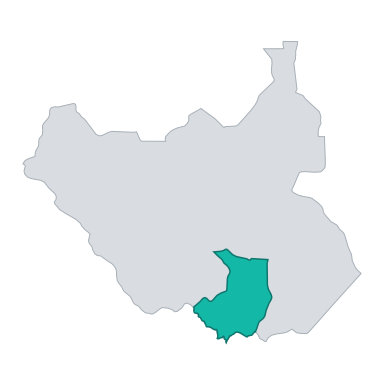 location of Central Equatoria within South Sudan
{"feature_id": "SDS-865", "entity_name": "Central Equatoria", "entity_type": "State", "adm_level": 1, "iso_a3": "SSD", "parent_name": "South Sudan", "parent_adm1": "", "projection": "robinson", "projection_center": [30.797, 4.842], "detail": "fine", "context": "in_parent", "style": "filled", "palette": "teal", "viewbox_px": 384, "rotation_deg": 0, "n_neighbors": 0, "source": "natural_earth", "source_scale": "10m", "svg_char_len": 5902}
<svg xmlns="http://www.w3.org/2000/svg" viewBox="0 0 384 384"><path d="M321.7,317.5L309.3,331.5L308.4,332.4L306.9,333.5L301.9,333.5L296.7,332.8L291.9,329.2L287.1,332.0L284.0,332.9L282.2,333.2L277.8,333.7L271.8,335.2L269.0,337.1L267.5,338.6L266.3,341.3L265.7,341.6L264.6,341.3L263.0,340.2L259.8,338.6L258.2,335.1L256.6,333.0L255.4,331.9L250.3,335.4L247.8,336.2L245.7,336.1L242.0,334.1L237.9,332.4L235.7,332.4L232.6,334.5L229.0,337.7L227.1,340.8L226.2,342.6L224.9,339.8L223.7,338.0L222.0,337.3L218.5,338.0L217.7,337.0L217.5,334.6L217.0,332.4L216.1,330.7L213.5,329.1L206.6,325.7L201.3,318.9L198.7,315.8L196.7,313.8L194.0,308.5L190.8,304.8L187.0,303.1L184.5,303.9L181.9,307.9L177.1,311.5L174.8,311.7L172.0,309.7L168.4,308.2L161.9,307.6L159.3,309.4L155.8,312.2L152.8,313.9L151.0,314.1L149.3,313.4L147.3,313.0L145.6,313.0L142.2,310.4L140.4,308.5L139.2,306.7L137.3,305.5L135.0,304.4L133.4,302.8L132.5,300.8L131.3,298.2L129.6,295.9L124.3,291.7L122.7,289.2L121.7,286.8L119.5,284.1L117.2,280.6L116.5,275.3L116.4,271.1L115.9,269.2L114.9,267.3L113.8,265.6L112.0,263.8L107.7,261.1L103.3,257.9L101.1,256.1L97.1,255.4L94.7,253.7L92.7,249.7L91.9,246.6L89.8,244.2L88.9,242.4L88.5,240.3L90.1,234.1L87.8,231.9L84.3,229.1L81.8,226.0L80.2,223.1L75.8,219.3L66.0,213.7L60.3,210.1L57.3,206.8L54.6,203.6L54.3,202.3L56.1,199.2L56.3,196.6L54.9,193.7L49.1,188.3L44.4,182.3L40.9,180.4L32.4,178.8L29.9,178.1L27.4,177.0L24.9,174.3L24.0,171.1L25.3,166.1L24.5,164.5L23.0,164.1L23.4,163.0L25.1,160.6L27.7,159.0L34.7,156.5L35.1,155.5L35.3,152.3L35.9,150.8L38.3,146.4L38.7,144.6L38.8,140.9L39.1,139.1L39.8,137.9L41.7,135.7L42.4,134.4L42.7,131.5L42.5,125.8L43.5,123.6L48.0,118.4L49.2,116.1L49.6,114.1L49.6,112.0L49.8,109.9L51.2,107.9L52.3,107.3L55.6,106.7L57.8,107.1L73.4,103.5L75.2,104.0L76.0,106.1L75.9,109.4L76.2,111.1L77.0,112.2L79.4,113.8L81.1,116.4L82.1,117.4L84.6,119.2L96.1,134.4L99.4,135.9L102.5,135.3L108.8,132.2L112.0,131.4L134.0,132.3L136.4,131.8L136.6,131.9L139.9,139.5L141.5,141.2L165.7,141.3L165.2,139.1L165.5,136.7L169.8,132.1L170.4,131.5L174.1,129.3L177.8,127.8L184.8,126.0L187.3,123.3L188.7,120.8L188.8,115.8L189.7,115.0L191.4,113.9L199.5,109.4L200.9,108.5L215.1,118.8L223.2,126.9L223.7,127.3L224.1,127.5L224.5,127.2L224.9,126.8L225.8,126.5L229.3,126.4L235.8,126.0L237.9,125.0L250.9,110.4L254.3,105.8L255.1,104.8L257.0,101.5L259.0,95.8L259.4,95.2L273.6,81.6L274.1,80.5L274.3,79.6L272.1,75.0L271.6,72.7L271.5,69.1L272.0,63.5L271.8,60.0L271.6,59.1L271.5,58.9L263.5,48.8L283.6,48.7L283.7,47.5L283.6,47.1L283.2,45.9L283.0,44.3L283.0,43.4L283.1,42.5L283.1,42.1L283.1,41.7L283.2,41.4L297.6,41.6L297.4,44.4L295.7,51.1L295.7,55.1L295.3,59.6L294.8,61.0L294.1,62.1L293.9,62.6L293.9,63.2L296.9,88.7L296.7,89.8L295.9,91.4L295.7,91.9L295.6,92.3L296.0,92.6L302.6,95.4L303.0,95.5L303.2,95.8L305.6,99.1L318.8,111.2L319.3,111.8L320.6,115.6L320.8,116.2L320.8,117.1L320.8,117.8L320.5,120.1L320.6,121.1L320.8,121.8L321.0,122.6L321.0,122.8L320.9,123.4L318.9,127.8L318.3,130.9L318.1,133.6L318.2,135.1L318.4,136.1L318.6,136.5L318.8,136.6L324.5,136.6L324.5,138.0L325.3,161.1L325.3,163.7L325.1,167.0L324.4,168.2L322.8,170.1L320.8,171.8L315.7,172.2L311.4,172.1L308.4,171.8L304.3,171.6L300.4,172.0L298.9,173.4L293.8,185.7L292.2,188.7L291.8,190.5L292.3,191.6L294.3,193.1L298.7,195.3L303.8,196.6L307.5,197.1L310.1,197.7L312.1,198.4L319.3,204.0L321.6,206.6L322.9,208.9L323.2,211.3L324.2,213.8L330.8,221.5L337.0,225.1L339.4,229.1L341.7,231.1L343.9,233.3L345.1,236.5L347.8,245.7L349.6,250.5L351.5,254.5L352.3,260.9L353.7,263.8L355.3,267.3L357.8,270.5L360.5,272.9L361.0,273.6L334.0,303.6L321.7,317.5Z" fill="#d9dde1" stroke="#a8b0b8" stroke-width="1"/><path d="M195.0,313.1L194.2,312.3L193.9,311.1L193.9,309.5L194.1,308.5L194.2,308.2L194.1,307.9L193.9,307.3L193.9,307.0L194.1,306.6L194.2,306.4L195.1,305.9L200.7,301.0L201.8,299.5L202.6,298.8L203.3,298.2L204.0,297.9L204.7,297.7L205.5,297.8L206.2,298.1L206.8,298.6L208.8,300.6L209.6,301.2L210.3,301.4L211.3,301.2L212.4,300.6L216.4,296.1L217.8,294.9L221.3,292.9L225.5,291.4L226.2,290.9L226.6,290.5L226.7,290.2L226.8,289.7L226.9,289.0L227.4,278.8L227.7,277.1L228.3,275.7L229.7,273.2L230.0,272.0L229.9,270.5L229.2,268.8L228.3,267.1L226.1,264.7L224.3,263.4L223.7,262.6L222.9,261.0L222.2,259.9L221.0,258.6L217.6,255.7L213.9,251.9L220.7,251.3L223.4,250.6L225.6,249.3L227.1,249.4L232.8,254.8L236.5,256.6L246.8,258.8L248.9,260.0L250.0,260.1L251.5,258.6L267.9,259.6L267.1,263.5L267.4,285.1L268.1,288.2L268.5,289.5L271.0,294.3L271.4,295.5L271.7,296.8L271.7,297.8L271.3,299.0L270.7,300.3L269.0,303.2L266.2,310.2L265.0,315.3L264.4,316.7L263.7,317.8L262.7,318.9L259.5,321.5L258.9,322.3L258.4,323.5L256.3,329.8L255.6,331.1L255.5,331.7L254.9,331.4L254.7,331.6L252.3,334.7L252.0,335.0L251.5,335.2L249.8,335.5L248.3,335.8L247.8,336.1L247.4,336.6L247.1,336.9L246.5,336.8L242.6,334.4L240.1,332.8L238.9,332.4L237.6,332.2L236.2,332.2L235.4,332.5L234.3,333.5L233.5,334.2L233.2,334.3L232.6,334.4L232.3,334.6L231.4,335.4L231.0,335.6L230.7,335.7L230.1,335.7L229.8,335.8L229.4,336.1L229.3,336.5L229.2,336.9L229.0,337.3L227.0,340.6L226.4,342.1L226.2,342.6L225.9,341.9L226.2,340.1L225.7,339.5L224.8,339.1L224.4,338.8L224.2,338.2L224.1,337.1L224.0,336.7L223.4,336.3L222.9,336.7L222.4,337.3L221.8,337.7L220.9,337.7L220.6,337.8L220.0,338.0L219.1,338.6L218.7,338.7L218.1,338.8L217.8,338.8L217.5,338.7L217.2,338.4L217.2,338.2L217.4,338.0L217.6,337.6L217.8,336.3L217.8,335.6L217.1,330.5L216.7,329.6L216.4,329.5L216.1,329.5L215.8,329.6L215.5,329.7L214.8,329.7L214.6,329.6L213.4,329.2L211.0,327.5L208.9,326.8L206.9,326.8L206.4,326.6L206.2,326.2L206.2,325.9L206.2,325.5L206.1,325.2L205.9,324.8L205.2,323.8L204.9,323.0L204.7,322.2L204.4,321.5L203.7,321.1L202.4,320.8L202.0,320.5L201.5,319.7L200.8,318.2L200.3,317.5L199.6,317.1L199.3,317.0L198.9,317.0L198.6,316.9L198.4,316.6L198.3,316.2L198.5,315.8L198.7,315.4L198.8,315.1L198.5,314.4L197.9,313.7L197.1,313.2L196.4,313.1L195.0,313.1Z" fill="#14b8a6" stroke="#0f766e" stroke-width="1.5"/></svg>